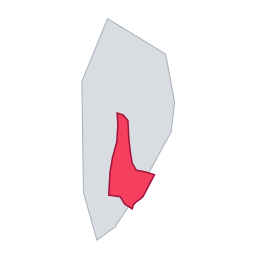 where Castries sits in Saint Lucia, rotated 177°
{"feature_id": "LCA-5077", "entity_name": "Castries", "entity_type": "Quarter", "adm_level": 1, "iso_a3": "LCA", "parent_name": "Saint Lucia", "parent_adm1": "", "projection": "robinson", "projection_center": [-60.977, 13.961], "detail": "fine", "context": "in_parent", "style": "filled", "palette": "rose", "viewbox_px": 256, "rotation_deg": 177, "n_neighbors": 0, "source": "natural_earth", "source_scale": "10m", "svg_char_len": 618}
<svg xmlns="http://www.w3.org/2000/svg" viewBox="0 0 256 256"><g transform="rotate(177 128 128)"><path d="M171.6,177.0L142.7,238.3L86.5,199.8L80.1,151.4L85.0,122.1L119.4,66.1L146.2,29.8L164.9,17.7L175.9,66.0L171.6,177.0Z" fill="#d9dde1" stroke="#a8b0b8" stroke-width="1"/><path d="M104.0,79.9L116.5,58.9L119.2,56.6L124.2,53.4L126.8,50.6L128.0,47.0L135.4,52.3L139.3,59.7L150.8,62.0L150.2,67.0L148.3,84.7L145.0,99.4L139.9,114.8L138.0,131.0L138.0,143.5L132.2,141.3L127.7,135.4L127.7,124.4L127.7,117.0L127.0,104.5L125.7,92.8L121.9,85.4L112.8,83.2L104.0,79.9Z" fill="#f43f5e" stroke="#9f1239" stroke-width="1.5"/></g></svg>